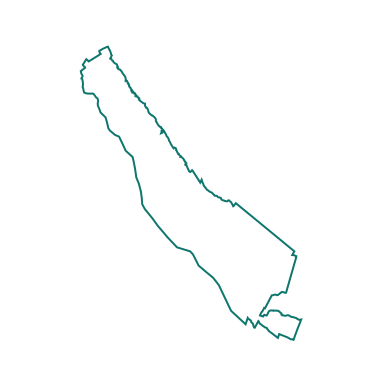 the district of Tifesti, Vrancea, Romania, rotated 17°
{"feature_id": "2599482B98306126779163", "entity_name": "Tifesti", "entity_type": "district", "adm_level": 2, "iso_a3": "ROU", "parent_name": "Romania", "parent_adm1": "Vrancea", "projection": "orthographic", "projection_center": [27.087, 45.862], "detail": "fine", "context": "isolated", "style": "outline", "palette": "teal", "viewbox_px": 384, "rotation_deg": 17, "n_neighbors": 0, "source": "geoboundaries", "source_scale": "gbopen_adm2", "svg_char_len": 5854}
<svg xmlns="http://www.w3.org/2000/svg" viewBox="0 0 384 384"><g transform="rotate(17 192 192)"><path d="M281.9,302.8L282.1,296.1L282.6,296.5L283.9,297.1L285.4,297.5L286.0,297.9L286.3,298.2L286.6,299.0L287.5,299.5L288.6,300.0L290.9,303.4L291.7,303.4L293.2,296.0L293.8,296.3L293.9,297.2L295.7,298.1L297.9,298.9L298.8,299.4L300.0,299.6L301.4,300.2L302.1,300.0L303.3,300.2L303.9,301.0L304.8,301.3L305.8,302.3L316.8,306.4L316.9,302.4L325.9,303.1L329.7,304.0L330.9,303.4L332.2,303.8L332.4,303.6L332.5,299.5L333.0,290.8L333.4,286.9L333.7,282.0L331.8,282.9L329.9,282.6L328.6,282.1L325.2,282.1L323.4,282.4L321.6,281.9L320.7,281.7L319.8,281.8L319.3,281.9L318.0,282.8L317.5,283.1L316.4,283.3L315.1,283.2L315.0,283.3L314.9,283.5L314.4,283.5L313.4,283.2L313.2,282.1L309.4,280.4L307.0,280.9L304.9,281.4L304.9,281.6L304.0,281.9L303.4,281.8L301.8,282.3L300.7,283.2L300.3,284.2L300.0,285.7L299.8,287.6L299.5,288.3L299.1,288.4L297.0,288.3L296.8,288.7L296.6,289.9L296.3,289.9L296.2,290.3L293.1,290.2L293.1,289.8L293.3,288.5L293.8,286.1L294.0,285.9L294.6,284.1L294.6,283.6L294.8,282.6L294.9,281.8L295.8,281.9L297.8,271.2L298.0,270.1L298.2,269.6L298.3,268.5L298.5,267.6L298.6,267.4L299.1,267.3L301.1,266.0L301.7,265.7L303.5,265.8L303.9,265.6L304.5,265.1L305.0,264.3L305.3,264.1L305.9,263.0L306.3,262.5L306.8,261.7L307.1,261.3L307.3,261.2L309.2,261.1L310.3,261.2L311.4,260.8L310.8,228.3L310.8,224.2L310.5,224.2L310.5,222.9L308.1,222.6L307.4,222.7L306.8,222.9L306.3,223.0L307.2,218.8L237.2,189.9L236.7,191.1L236.4,192.0L235.8,193.4L235.6,193.6L234.8,192.6L233.7,191.6L232.9,190.9L232.5,190.4L231.6,190.0L230.5,189.6L229.9,189.2L229.3,189.3L228.8,189.9L228.5,190.5L228.1,190.7L226.0,191.0L225.1,190.8L223.4,190.9L222.8,190.7L222.1,190.3L221.4,189.3L219.5,189.2L218.7,189.4L218.1,189.2L217.2,188.5L216.6,188.5L214.7,188.9L214.6,188.7L214.1,188.3L213.6,188.2L212.4,187.5L211.0,186.7L209.6,186.7L207.6,186.1L206.6,185.6L205.9,185.6L204.4,184.6L204.3,184.4L203.7,184.1L203.6,183.9L202.6,183.3L201.8,182.8L200.9,181.8L200.7,181.3L200.4,181.0L199.5,180.1L198.5,178.6L197.6,177.4L197.1,180.6L188.2,173.0L186.4,171.5L185.7,171.1L184.7,173.1L184.5,173.4L183.6,173.3L182.9,172.7L181.9,171.5L180.7,170.3L179.3,168.5L178.9,168.1L178.4,168.1L178.5,167.7L178.2,167.1L177.6,167.3L177.6,166.9L178.0,166.2L177.5,166.1L177.2,165.3L176.2,165.0L175.9,164.4L175.4,163.9L174.9,163.7L174.8,163.4L174.2,162.9L172.8,162.1L172.1,161.9L171.6,161.5L170.7,161.8L170.7,161.6L171.0,161.2L170.9,161.0L170.4,161.0L169.7,160.7L168.6,160.0L168.4,159.6L167.9,159.7L167.9,159.3L166.7,158.7L165.1,156.9L164.7,156.7L164.8,156.5L164.7,156.1L164.2,155.6L164.1,155.3L163.8,155.0L163.4,154.8L162.4,154.6L162.2,154.8L161.9,155.7L161.8,155.8L161.7,155.8L161.0,155.0L159.7,154.1L157.5,152.0L157.0,151.4L155.6,150.1L155.3,149.6L154.8,149.3L154.6,148.8L153.8,147.7L153.3,147.2L151.4,146.0L150.9,145.3L149.4,143.6L148.5,143.2L148.2,142.6L147.5,142.0L147.1,141.5L146.9,141.4L146.8,141.7L146.8,142.1L146.7,142.3L146.5,143.2L146.2,143.9L145.8,144.4L145.4,144.7L145.3,144.8L145.3,144.5L145.5,144.0L145.9,143.4L145.9,143.0L145.8,142.6L145.2,142.8L145.0,142.7L144.9,142.4L145.7,141.4L145.9,141.2L145.1,140.3L144.0,140.0L144.0,139.6L143.3,138.9L143.2,138.9L142.9,139.2L142.7,139.2L142.0,138.9L141.3,138.4L140.6,138.3L140.2,137.9L138.9,136.8L137.9,135.7L137.5,135.3L136.8,135.0L136.6,134.3L136.3,133.3L135.5,132.3L134.3,131.5L132.0,130.5L131.4,130.4L130.7,130.5L130.0,130.0L129.4,129.7L128.1,129.2L127.4,128.6L126.7,127.7L125.9,126.2L124.3,124.7L123.6,124.9L123.3,124.4L122.1,123.6L121.9,123.3L121.6,122.2L121.3,121.3L121.2,121.3L121.0,121.6L120.3,121.3L119.2,121.3L118.7,121.0L115.9,120.1L114.9,119.5L114.7,119.0L114.2,119.1L114.1,118.7L114.3,118.3L113.9,118.1L113.9,117.7L113.3,117.4L112.2,117.3L112.0,117.1L112.1,116.7L111.9,116.5L111.7,116.6L111.5,116.8L111.0,116.5L110.7,116.7L110.6,116.3L110.2,116.0L109.8,116.2L109.9,115.5L109.1,115.0L108.9,114.4L108.7,114.4L108.4,114.8L107.9,114.7L107.7,114.0L107.0,113.8L106.6,114.2L106.3,114.3L106.3,113.9L106.4,113.4L105.6,112.8L105.3,113.0L105.3,113.7L105.0,113.7L104.7,113.2L104.6,112.8L104.3,112.8L104.2,112.7L104.4,112.2L104.4,111.8L103.8,111.5L103.5,111.1L103.2,111.0L103.0,110.7L102.5,110.5L102.4,110.4L102.5,110.1L102.4,110.0L101.1,109.5L100.8,109.0L100.6,108.4L100.4,108.2L100.5,107.8L100.0,107.4L99.6,107.4L99.4,107.1L99.4,106.8L99.3,106.7L99.1,106.9L98.8,106.8L98.5,106.1L98.2,105.8L97.6,104.9L97.3,104.8L97.1,104.9L96.8,104.6L96.5,104.5L96.0,105.1L95.9,104.9L95.9,104.0L94.8,101.9L94.5,101.4L93.4,100.5L91.9,99.5L89.9,97.7L87.9,96.2L87.0,95.9L86.7,96.1L86.3,96.0L85.7,96.0L84.4,95.1L84.0,94.6L84.6,94.2L84.0,93.5L83.5,92.7L82.5,91.8L81.9,91.7L80.5,91.4L79.4,90.9L78.9,90.6L78.1,89.8L77.8,89.6L77.5,89.6L77.0,89.4L76.3,88.7L75.7,88.3L75.2,88.3L74.8,88.4L74.7,88.1L75.2,87.0L75.3,86.3L75.1,85.8L75.1,85.6L75.4,84.9L74.6,84.2L73.4,82.3L72.0,80.6L70.3,79.0L69.2,77.6L68.0,78.3L66.4,79.8L65.0,81.0L62.3,83.9L62.1,84.3L62.1,84.5L62.6,85.1L63.0,85.7L64.3,86.7L63.7,87.2L63.3,87.9L55.0,97.4L54.9,97.4L53.9,96.7L52.1,95.9L50.4,102.3L50.8,102.7L51.6,103.2L52.8,103.7L53.5,104.4L50.6,108.5L50.3,108.8L50.9,109.7L51.1,110.5L51.3,110.8L51.7,111.3L52.4,111.8L53.4,112.9L53.5,113.8L53.2,114.5L53.1,115.8L53.7,115.8L54.3,116.6L55.5,119.0L56.3,120.9L56.5,122.2L56.7,123.5L57.7,124.8L58.6,126.6L59.4,127.9L60.1,128.5L60.4,128.4L61.8,128.6L63.9,128.3L65.6,127.7L67.4,127.3L68.3,126.8L69.1,127.0L70.4,127.8L72.8,129.7L74.3,130.1L74.9,131.0L75.6,132.3L75.9,134.7L76.7,136.9L79.4,140.1L81.3,142.7L87.5,145.9L90.5,150.5L93.2,155.3L95.4,157.2L101.7,159.9L106.1,160.4L111.9,166.7L116.5,171.9L125.0,175.9L127.5,180.3L130.8,186.5L134.5,194.4L138.7,199.5L143.1,206.7L145.9,212.9L148.0,218.3L151.9,222.1L162.3,229.1L169.1,234.3L182.4,242.8L193.9,249.3L207.6,249.3L211.2,251.4L219.8,260.4L229.0,264.4L237.2,267.8L244.9,273.2L264.1,294.2L281.9,302.8Z" fill="none" stroke="#0f766e" stroke-width="2"/></g></svg>